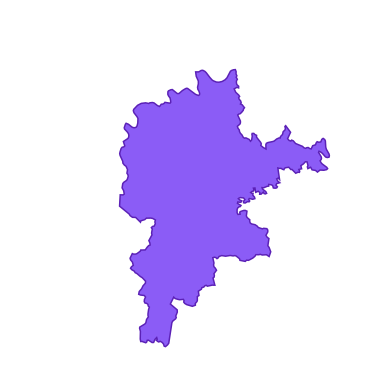 Campos Novos, Santa Catarina, Brazil (Equal Earth projection), rotated 140°
{"feature_id": "56859067B83022570879556", "entity_name": "Campos Novos", "entity_type": "district", "adm_level": 2, "iso_a3": "BRA", "parent_name": "Brazil", "parent_adm1": "Santa Catarina", "projection": "equal_earth", "projection_center": [-51.278, -27.42], "detail": "fine", "context": "isolated", "style": "filled", "palette": "violet", "viewbox_px": 384, "rotation_deg": 140, "n_neighbors": 0, "source": "geoboundaries", "source_scale": "gbopen_adm2", "svg_char_len": 6053}
<svg xmlns="http://www.w3.org/2000/svg" viewBox="0 0 384 384"><g transform="rotate(140 192 192)"><path d="M248.8,236.0L256.6,227.7L254.3,215.4L254.6,213.7L253.9,210.9L251.5,208.7L250.9,202.0L249.7,202.8L245.9,201.2L243.8,201.3L240.3,198.5L239.1,197.0L238.0,194.1L239.7,192.9L240.5,191.3L242.9,190.2L244.4,191.0L246.1,190.8L246.2,189.2L249.4,186.5L250.2,184.9L256.3,182.5L257.0,180.1L258.1,178.3L259.6,178.8L261.5,178.6L265.1,177.7L268.6,180.5L269.7,179.9L273.9,180.2L275.3,180.8L276.7,182.0L277.3,183.2L282.0,181.1L282.7,179.5L282.7,176.7L284.1,173.6L286.5,173.6L288.1,173.1L288.1,171.2L287.1,168.5L287.4,166.7L286.6,164.9L285.9,160.5L285.2,158.4L284.9,153.6L286.3,152.1L289.9,151.6L292.7,150.3L296.4,149.7L298.6,147.9L297.7,146.2L295.1,143.4L295.1,141.4L297.6,140.2L299.0,138.8L299.4,137.2L298.3,135.8L298.0,134.3L298.8,132.9L298.7,131.2L300.8,129.9L304.0,127.0L305.1,125.7L305.7,124.4L308.7,123.6L311.4,121.5L313.0,121.2L318.8,122.1L319.7,121.4L321.1,118.4L326.2,112.6L327.4,110.4L326.4,109.7L324.3,106.2L323.1,106.2L321.6,107.2L320.6,106.4L319.3,102.3L318.1,101.4L315.2,102.9L312.6,103.2L313.3,101.5L314.6,101.3L314.4,99.7L313.8,98.4L312.4,98.2L311.6,96.1L311.5,94.1L312.4,91.7L311.7,90.6L309.0,90.6L307.0,91.1L291.3,104.9L289.6,105.5L286.0,105.4L284.7,106.0L284.2,107.4L280.5,109.4L279.1,111.2L280.6,120.1L273.6,123.2L273.4,121.2L271.8,118.8L270.7,117.4L267.6,115.3L267.9,113.9L269.1,113.0L269.2,111.4L268.5,109.2L265.2,104.2L262.2,103.1L261.1,104.5L258.6,104.9L257.6,105.5L255.1,108.5L253.2,108.2L250.9,111.9L247.3,111.5L245.9,112.4L244.1,111.6L242.4,111.9L241.1,111.4L240.8,110.0L236.3,107.6L234.4,105.9L231.2,112.6L229.7,112.6L228.5,113.7L227.7,115.3L223.5,116.3L223.1,118.7L223.2,120.7L222.3,122.3L220.8,123.5L218.3,128.3L216.8,127.7L215.9,126.5L215.7,124.9L214.4,124.7L212.7,125.2L210.1,124.2L207.5,121.2L203.5,118.8L201.6,116.6L200.0,115.7L199.3,114.5L198.5,110.4L199.2,108.8L195.8,104.6L194.0,104.7L192.6,103.3L188.0,102.3L185.1,102.3L183.3,102.9L181.0,100.9L179.9,100.5L178.7,98.6L175.3,96.1L174.4,93.0L170.1,95.6L168.6,99.9L168.4,102.1L163.0,106.9L163.5,109.0L163.2,111.3L159.6,112.7L158.4,114.2L158.2,115.8L160.4,118.1L161.7,118.5L164.0,122.1L164.0,124.1L164.7,126.4L166.9,129.3L167.3,130.9L166.5,132.7L165.6,133.5L166.2,137.1L165.7,138.8L162.2,142.0L163.0,143.6L164.2,144.6L167.1,145.8L168.4,145.9L169.4,144.1L171.2,145.3L170.8,147.1L168.7,149.6L167.2,150.4L165.5,150.4L164.4,149.8L163.1,150.2L164.5,154.1L163.3,154.9L161.7,153.1L160.6,152.7L159.5,153.2L160.5,155.1L160.8,157.1L159.6,157.1L158.5,156.6L156.3,154.3L156.3,152.2L158.3,151.8L159.4,150.6L158.4,149.4L155.6,148.9L154.6,147.8L153.6,148.0L153.4,149.8L152.3,150.2L150.2,147.4L148.1,146.5L147.4,147.9L147.4,150.6L146.1,151.7L147.0,152.6L147.4,153.9L145.6,153.9L144.3,153.2L143.2,153.9L142.5,155.5L141.2,154.6L143.4,150.8L140.8,150.0L140.4,148.0L141.6,146.8L140.4,145.9L137.5,146.1L137.8,144.5L137.1,143.4L135.7,143.0L135.2,144.9L136.1,148.9L135.5,150.3L134.4,149.2L130.7,148.0L129.5,147.2L128.4,148.5L126.5,146.4L126.1,145.0L127.1,142.8L125.8,141.4L124.5,140.7L123.2,141.1L123.3,143.3L121.7,144.0L118.8,142.7L119.3,145.4L118.7,147.6L117.1,147.3L116.9,145.3L110.8,155.2L109.8,153.8L108.6,152.9L108.1,151.3L107.3,150.0L106.0,150.6L104.8,150.5L102.0,148.8L101.8,145.6L100.9,145.0L100.5,139.7L98.1,139.0L97.1,138.0L96.1,138.7L95.7,140.6L93.1,139.3L91.7,142.2L88.5,141.9L85.7,142.3L84.5,141.1L86.2,137.7L87.5,137.1L88.2,135.4L85.2,134.7L85.8,131.8L83.5,129.1L83.1,126.6L79.8,126.5L77.0,123.9L74.5,122.6L73.1,122.7L72.9,124.3L74.2,129.7L74.3,131.5L73.8,133.6L72.3,133.8L71.0,134.7L70.3,136.2L69.6,141.0L68.5,141.6L67.8,140.1L67.3,138.0L67.2,133.0L66.3,131.5L64.7,130.6L63.5,131.4L62.6,133.0L61.6,138.4L60.7,140.4L57.0,145.4L56.6,147.0L57.1,148.8L58.8,148.9L61.1,147.6L62.9,148.6L63.8,150.1L65.3,149.8L67.0,148.8L69.8,149.9L73.0,148.4L73.8,149.4L74.4,151.4L75.6,152.2L76.9,152.4L77.8,153.9L78.0,155.9L81.5,162.6L81.5,166.0L82.3,167.7L83.5,167.5L84.5,169.1L84.5,171.4L78.1,174.4L77.6,182.6L78.7,182.5L79.6,180.7L80.8,179.8L83.4,179.6L85.7,177.9L88.6,177.6L89.6,176.7L90.6,177.5L93.1,178.2L96.2,178.2L97.6,178.7L102.1,181.1L103.7,181.5L104.9,180.9L107.7,177.4L108.8,180.3L109.4,183.4L108.0,184.3L107.5,185.8L107.3,192.6L106.1,193.9L106.9,195.6L107.0,197.2L108.3,198.2L109.2,197.5L109.9,196.1L112.9,193.5L114.6,193.3L114.4,195.5L115.9,198.8L117.1,199.4L117.6,200.8L117.0,203.9L117.2,205.8L116.7,207.9L115.9,209.1L115.8,211.2L115.0,213.2L111.7,213.2L110.5,213.8L109.3,215.2L107.5,221.6L106.3,221.7L104.8,221.0L102.9,221.1L100.3,221.6L99.1,222.5L97.6,222.8L97.5,226.6L98.3,228.3L97.0,228.7L96.2,230.4L96.2,232.9L95.6,234.3L94.1,234.6L93.9,236.3L94.4,240.2L93.4,243.9L90.3,243.3L89.4,241.8L88.3,243.0L88.6,245.5L87.8,247.1L86.6,248.5L84.8,249.2L84.4,251.5L82.9,252.2L82.4,254.1L80.8,255.9L80.1,257.9L81.7,259.0L83.6,259.7L85.0,259.8L91.8,257.0L94.6,256.7L97.9,257.3L100.8,258.8L102.6,260.5L104.2,263.5L104.6,265.0L104.7,268.3L104.4,274.2L104.6,276.2L105.5,278.3L106.8,279.2L109.6,279.7L112.0,281.7L114.4,277.9L115.8,273.0L117.6,270.8L120.4,268.7L121.5,266.9L121.9,264.7L122.7,262.7L123.7,261.7L125.0,261.8L126.5,264.5L128.8,274.2L129.7,275.1L131.4,275.5L134.2,275.9L138.7,275.8L140.0,276.9L141.2,283.1L142.4,283.9L145.0,284.6L146.0,284.3L146.8,283.4L147.7,282.4L148.2,280.9L148.4,278.1L149.5,276.0L150.6,274.4L151.8,274.2L155.1,278.1L156.6,277.8L158.0,278.2L159.1,279.0L161.9,278.4L162.9,280.4L163.8,284.6L164.8,286.0L166.9,287.4L168.2,287.6L170.2,290.1L173.9,292.5L178.0,293.4L183.5,292.8L184.7,292.0L185.5,290.0L185.7,285.1L186.1,283.1L189.2,279.7L191.4,278.1L192.9,277.5L194.5,278.0L195.7,279.2L196.3,280.5L197.1,284.7L198.3,287.0L199.5,286.7L202.6,284.8L203.2,283.6L203.0,279.5L203.2,277.5L203.9,276.1L205.3,274.7L206.7,274.2L212.1,274.8L213.9,270.5L215.3,270.4L216.7,271.2L218.3,270.9L221.3,269.0L222.7,267.9L223.6,266.2L225.3,260.1L226.4,258.5L226.5,256.1L226.0,254.1L227.0,250.6L229.8,248.2L230.0,246.5L230.7,245.1L233.6,243.2L235.1,243.0L238.2,243.3L239.7,242.9L242.9,240.1L243.5,237.0L245.2,234.0L246.7,234.1L248.8,236.0Z" fill="#8b5cf6" stroke="#5b21b6" stroke-width="1.5"/></g></svg>